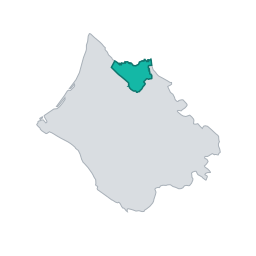 Ivory Coast, with Cavally highlighted, rotated 133°
{"feature_id": "CIV-3459", "entity_name": "Cavally", "entity_type": "Department", "adm_level": 1, "iso_a3": "CIV", "parent_name": "Ivory Coast", "parent_adm1": "", "projection": "equal_earth", "projection_center": [-7.856, 6.298], "detail": "fine", "context": "in_parent", "style": "filled", "palette": "teal", "viewbox_px": 256, "rotation_deg": 133, "n_neighbors": 0, "source": "natural_earth", "source_scale": "10m", "svg_char_len": 6196}
<svg xmlns="http://www.w3.org/2000/svg" viewBox="0 0 256 256"><g transform="rotate(133 128 128)"><path d="M75.7,51.7L76.3,51.7L78.0,51.0L79.5,49.5L80.9,46.5L82.8,44.0L84.9,44.2L85.5,43.8L86.3,43.7L87.2,45.3L88.1,46.5L88.7,46.6L89.2,48.9L93.0,49.9L94.7,50.5L96.1,52.2L96.6,52.2L97.2,51.9L97.7,51.3L97.7,50.6L97.1,49.1L97.4,47.7L98.0,46.5L99.0,46.4L100.5,46.1L102.3,46.1L103.6,46.3L104.1,45.0L103.6,41.6L103.7,39.7L103.9,38.1L104.4,37.4L106.3,39.4L108.1,40.2L109.3,40.2L109.7,39.8L109.1,37.6L109.3,37.0L109.8,36.6L110.6,36.3L112.8,35.4L113.1,35.6L113.5,39.1L113.3,40.2L113.8,42.6L114.4,44.8L114.3,45.7L113.8,47.1L113.3,48.3L113.3,48.8L114.2,49.7L116.0,50.6L117.7,50.8L118.7,49.5L119.7,48.4L120.5,47.5L120.7,46.1L121.8,45.1L125.0,43.9L128.0,43.7L128.7,44.1L130.0,46.0L131.7,47.3L134.3,47.1L136.2,47.9L137.8,49.4L138.9,52.7L140.1,55.1L140.6,58.4L142.5,60.2L144.0,61.0L146.0,63.4L148.1,64.7L150.2,64.4L151.2,65.7L152.8,66.6L154.4,66.7L155.8,63.8L157.6,62.7L162.3,60.5L164.1,59.4L166.0,58.8L170.5,58.6L174.7,59.3L176.8,59.8L178.2,59.4L179.6,60.8L181.0,63.6L182.1,64.5L183.3,65.5L184.2,67.7L185.2,69.9L185.8,70.9L187.0,73.0L188.1,73.1L189.2,72.1L189.6,71.4L189.8,72.9L189.4,75.2L189.5,76.6L190.1,77.2L189.8,79.0L188.6,82.2L188.6,84.1L189.8,84.6L190.7,86.6L191.3,90.0L191.8,91.2L191.8,91.9L192.8,100.1L193.9,108.3L193.2,109.4L192.3,109.7L191.6,110.1L191.5,110.9L191.9,112.0L191.6,113.0L190.4,113.7L187.8,116.4L187.6,117.4L187.0,119.6L186.4,121.0L185.6,123.5L184.2,130.2L183.7,135.8L183.7,137.5L183.2,138.7L182.6,140.4L179.8,145.2L178.3,149.1L178.5,150.7L178.6,152.4L178.2,153.7L178.3,157.0L178.6,159.7L179.1,162.4L181.2,170.0L182.3,174.7L183.0,178.4L183.6,180.9L184.1,182.0L184.3,182.9L187.4,183.6L188.0,184.2L188.8,189.1L188.7,191.3L188.1,192.1L188.1,194.0L188.0,196.3L187.6,197.2L185.8,197.3L184.7,198.2L183.2,197.8L183.0,197.3L182.2,197.1L179.9,195.7L180.3,191.5L179.2,191.3L178.4,191.9L176.8,197.0L176.1,197.8L164.7,195.2L162.3,193.1L159.3,192.6L154.2,192.9L150.0,193.5L148.8,194.8L159.4,194.0L160.6,194.2L161.1,195.0L147.6,196.6L142.5,197.6L141.0,197.4L139.8,195.7L134.2,195.5L133.1,196.1L132.4,197.3L134.6,197.0L138.1,196.9L139.0,197.8L128.1,199.0L120.6,201.3L117.4,203.0L106.8,208.6L100.4,211.2L98.7,212.2L95.8,214.9L92.1,216.6L87.9,219.8L85.3,220.6L84.7,219.5L84.7,214.1L84.3,206.9L84.4,204.1L84.8,201.5L84.8,199.3L86.1,198.5L86.4,197.6L86.6,194.8L87.8,192.2L87.8,187.7L88.2,186.8L88.4,185.6L87.9,182.7L87.2,177.2L86.9,176.8L86.6,177.0L86.0,177.1L83.3,175.2L81.3,174.9L79.9,173.3L79.8,171.4L79.1,170.3L78.6,168.2L77.9,165.7L75.9,164.2L74.0,163.9L72.6,164.2L71.1,164.1L69.3,163.3L68.0,162.3L66.8,160.5L65.7,159.1L64.9,159.3L63.8,158.9L62.8,158.3L62.4,157.8L66.8,152.0L68.3,149.2L68.4,147.5L68.5,145.8L68.9,144.0L69.1,141.3L66.6,131.5L66.0,128.4L65.4,127.6L65.0,127.2L66.2,126.0L67.9,126.3L70.5,127.3L71.0,126.3L73.0,121.3L72.9,119.5L72.7,118.2L73.9,114.8L74.8,113.5L75.2,112.1L75.1,110.2L74.4,109.5L73.5,109.6L72.4,109.1L70.8,108.0L69.9,107.0L70.2,102.6L70.4,101.2L70.9,100.4L71.8,100.1L74.4,100.0L76.5,100.5L78.3,100.8L79.3,100.8L80.0,102.1L81.1,103.5L82.0,103.5L82.3,102.5L82.1,98.1L81.5,95.7L80.1,93.5L76.5,91.6L76.4,88.9L76.8,86.0L77.6,84.9L80.2,83.0L79.8,82.0L78.9,81.0L77.2,79.9L77.6,76.4L77.7,73.3L76.3,73.7L74.8,73.8L73.6,72.9L72.5,71.0L72.3,65.8L72.3,59.8L72.1,57.2L72.5,55.8L73.8,54.5L75.2,52.8L75.7,51.7ZM181.7,197.9L181.1,199.1L178.2,198.3L178.9,197.4L181.7,197.9Z" fill="#d9dde1" stroke="#a8b0b8" stroke-width="1"/><path d="M63.6,156.2L63.9,155.8L65.5,154.1L65.9,153.5L66.1,153.6L68.2,155.4L68.4,155.5L68.5,155.5L68.8,155.3L69.0,155.1L69.4,155.0L69.9,154.4L70.1,154.3L70.1,154.1L70.0,153.9L70.1,153.7L70.1,153.3L70.1,153.1L70.3,153.1L70.5,153.0L70.8,153.0L70.8,152.9L70.8,152.7L70.7,152.3L70.7,152.2L71.2,151.7L71.3,151.6L71.4,151.9L71.4,152.0L71.5,152.0L71.7,151.9L71.9,151.7L72.0,151.4L72.1,150.8L72.1,150.5L72.1,150.4L72.4,150.1L72.5,149.9L72.9,149.6L73.1,149.4L73.4,149.2L73.5,149.1L73.5,148.9L73.3,148.2L73.2,148.1L73.0,147.8L73.1,147.7L73.3,147.2L73.4,146.8L73.3,146.6L73.5,146.4L73.7,146.1L73.8,145.9L74.1,145.9L74.3,145.7L75.2,144.6L75.7,144.4L76.2,144.7L76.3,144.8L76.5,145.0L77.0,145.5L77.3,145.8L77.6,145.8L78.1,146.0L78.3,146.2L78.4,146.3L78.5,146.6L78.8,147.5L79.1,147.9L79.4,148.0L79.7,148.0L83.3,148.0L83.6,147.9L83.7,146.4L83.7,146.2L84.0,145.5L85.4,145.2L87.7,145.2L87.9,145.2L88.5,144.9L90.5,144.5L90.8,144.5L91.0,144.5L91.7,144.8L93.4,144.5L93.6,144.5L94.2,145.1L94.5,145.3L95.5,145.5L96.0,146.1L96.0,146.4L95.9,146.6L95.8,146.8L95.7,147.1L95.7,147.3L95.7,147.5L95.8,147.8L95.9,148.0L96.0,148.1L96.5,148.4L96.7,148.5L96.8,148.7L97.1,149.2L97.2,149.4L97.3,149.8L97.7,152.3L97.7,152.6L97.6,152.9L97.5,153.3L97.6,154.1L96.9,155.5L96.8,156.0L97.1,156.3L96.9,156.3L96.4,156.5L95.9,156.8L95.6,157.5L95.4,157.6L95.2,157.7L95.1,157.8L94.9,158.0L94.7,158.3L94.6,159.2L94.7,163.0L95.0,168.7L95.2,170.0L95.3,172.6L95.0,181.5L88.4,183.3L88.0,183.4L87.8,182.6L87.4,180.3L87.4,179.3L87.5,178.0L87.4,177.0L86.7,176.6L86.7,177.5L86.5,178.0L86.4,178.2L86.2,178.0L86.1,177.6L85.9,177.2L85.6,177.1L85.7,176.6L85.2,177.0L84.8,177.1L84.5,176.6L84.4,176.4L84.5,176.1L84.4,175.9L84.0,175.6L83.9,175.6L83.5,175.3L83.4,175.2L83.1,175.1L82.7,174.8L82.5,174.4L82.4,174.3L82.1,174.6L81.9,175.2L81.6,175.4L81.2,174.7L80.9,174.4L80.1,173.8L79.8,173.3L79.8,173.1L79.8,172.2L80.0,172.0L80.1,171.8L80.0,171.6L79.9,171.5L79.7,171.4L79.7,170.7L79.4,170.2L79.2,170.2L78.9,170.3L78.7,170.4L78.7,170.6L78.4,170.2L78.4,169.6L78.4,168.9L78.5,168.3L78.8,167.2L78.8,166.8L78.4,166.2L77.5,165.2L77.4,165.1L77.3,164.7L77.2,164.6L76.9,164.6L75.5,164.2L75.1,163.9L74.7,163.8L74.2,163.8L73.2,164.0L72.9,164.1L72.4,164.5L72.1,164.6L71.8,164.6L71.6,164.5L71.4,164.3L71.2,164.2L69.3,163.5L69.1,163.4L69.0,163.1L69.0,162.9L68.9,162.6L68.7,162.6L68.3,162.5L68.1,162.2L67.8,162.0L67.5,162.4L67.3,162.2L67.1,162.2L66.8,162.3L66.6,162.6L66.3,162.3L66.4,162.1L66.6,162.0L66.7,161.7L66.4,161.0L66.4,160.7L66.5,160.2L66.7,159.8L66.4,159.4L65.7,158.9L65.5,158.5L65.4,158.4L65.3,158.6L65.2,159.1L65.0,159.7L64.7,160.0L64.3,159.8L63.7,158.7L63.4,158.4L63.2,158.3L62.7,158.3L62.5,158.2L62.1,158.2L62.6,157.3L62.7,157.2L63.0,157.2L63.2,156.6L63.6,156.2L63.6,156.2Z" fill="#14b8a6" stroke="#0f766e" stroke-width="1.5"/></g></svg>